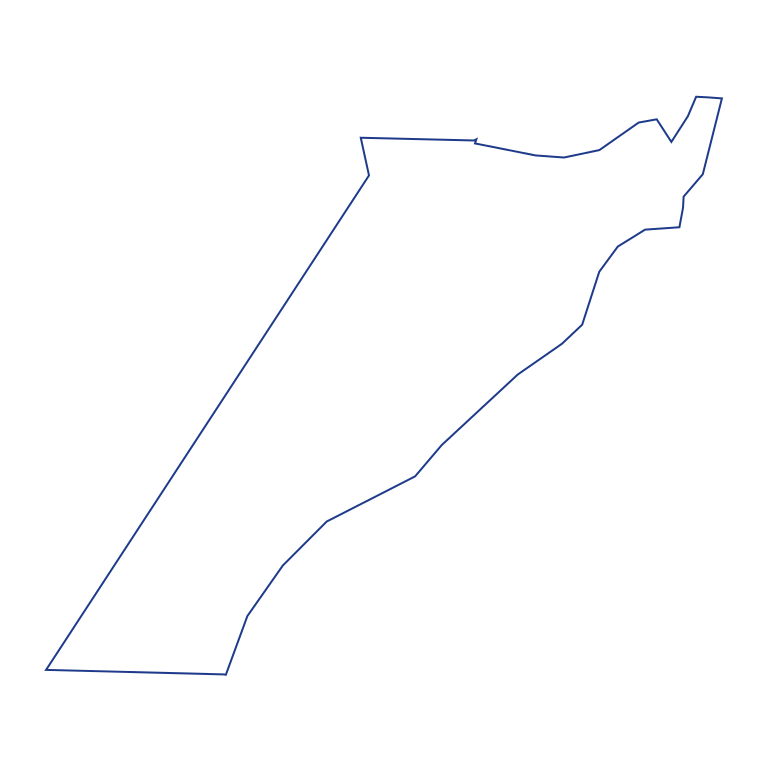 map outline of Bur Sa`id (orthographic projection), rotated 93°
{"feature_id": "EGY-1538", "entity_name": "Bur Sa`id", "entity_type": "Governorate", "adm_level": 1, "iso_a3": "EGY", "parent_name": "Egypt", "parent_adm1": "", "projection": "orthographic", "projection_center": [32.36, 31.131], "detail": "fine", "context": "isolated", "style": "outline", "palette": "blue", "viewbox_px": 768, "rotation_deg": 93, "n_neighbors": 0, "source": "natural_earth", "source_scale": "10m", "svg_char_len": 570}
<svg xmlns="http://www.w3.org/2000/svg" viewBox="0 0 768 768"><g transform="rotate(93 384 384)"><path d="M81.1,61.5L157.8,76.6L181.2,94.6L192.2,94.6L212.0,97.2L216.2,131.4L234.5,157.7L260.6,174.9L314.4,189.2L334.5,208.4L367.5,250.9L442.0,323.2L474.6,348.1L524.3,434.0L570.5,475.5L622.9,508.3L682.6,526.7L682.4,529.0L687.2,706.5L176.5,409.9L139.3,420.1L136.1,306.9L134.8,304.6L139.0,305.7L147.8,244.8L148.4,216.1L139.1,181.1L109.6,143.4L105.4,125.5L127.2,109.7L100.8,94.6L80.8,87.3L80.8,86.9L80.8,75.9L81.1,61.5Z" fill="none" stroke="#1e3a8a" stroke-width="2"/></g></svg>